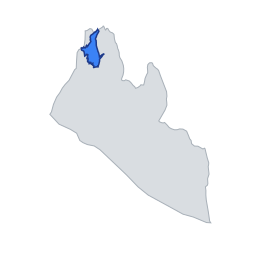 Kolahun, Lofa, Liberia (highlighted), rotated 353°
{"feature_id": "62588387B25205457381815", "entity_name": "Kolahun", "entity_type": "district", "adm_level": 2, "iso_a3": "LBR", "parent_name": "Liberia", "parent_adm1": "Lofa", "projection": "equal_earth", "projection_center": [-10.197, 8.109], "detail": "fine", "context": "in_parent", "style": "filled", "palette": "blue", "viewbox_px": 256, "rotation_deg": 353, "n_neighbors": 0, "source": "geoboundaries", "source_scale": "gbopen_adm2", "svg_char_len": 4635}
<svg xmlns="http://www.w3.org/2000/svg" viewBox="0 0 256 256"><g transform="rotate(353 128 128)"><path d="M52.1,104.9L54.0,102.7L56.9,95.5L60.9,88.7L64.7,84.6L67.7,80.4L70.8,77.2L75.3,73.5L82.2,63.6L83.9,62.5L85.0,55.7L86.7,47.0L88.7,44.3L93.4,42.7L94.5,41.2L96.1,35.1L97.2,28.0L97.3,26.4L99.2,26.3L102.3,24.7L104.1,25.4L105.0,27.5L105.4,29.2L114.9,24.8L115.8,23.8L116.3,24.0L117.5,28.0L118.2,27.7L118.8,26.6L119.4,26.5L120.2,27.0L120.9,28.9L122.1,30.6L124.2,31.7L125.5,33.3L125.4,37.6L125.9,41.8L126.8,42.7L127.3,45.2L127.5,48.0L128.0,49.4L128.4,52.1L128.2,55.1L128.5,57.2L130.1,60.7L131.0,65.3L131.0,68.5L130.5,71.8L129.5,74.9L127.7,78.2L127.5,79.6L128.6,80.4L130.2,80.6L131.6,79.9L135.0,81.5L136.7,83.7L138.3,86.4L139.7,87.8L140.3,89.5L142.7,89.0L145.5,87.4L146.1,86.6L147.0,87.0L148.8,87.2L150.0,84.2L151.0,80.8L153.2,77.0L154.3,75.6L154.5,73.2L154.6,70.2L155.4,67.5L157.2,66.0L159.1,66.0L160.2,66.6L160.7,69.2L162.3,71.1L163.6,72.5L164.3,73.0L165.4,74.6L166.5,79.8L170.7,96.6L170.5,101.2L169.6,104.2L169.6,107.2L169.4,110.1L166.8,114.9L159.4,124.7L159.9,125.6L161.7,126.7L163.5,127.3L165.0,127.0L166.9,129.4L168.9,132.5L171.1,134.1L174.1,135.5L176.8,135.7L179.1,135.2L182.4,135.8L185.8,138.3L187.0,142.5L187.9,146.2L189.1,148.1L189.2,151.3L191.7,154.0L195.2,154.6L199.7,157.9L200.8,157.7L201.3,157.3L201.9,157.9L203.0,167.4L203.9,172.4L203.5,174.4L202.9,176.0L202.8,183.7L200.8,188.0L200.5,192.9L199.9,194.4L197.7,195.8L197.7,199.5L197.1,204.0L196.9,208.7L197.5,221.1L197.7,230.4L198.6,232.2L194.4,231.4L181.9,224.3L172.2,220.3L139.9,197.1L130.9,187.8L120.5,174.0L97.5,146.1L92.3,141.7L85.7,139.5L81.6,137.1L78.7,134.6L76.4,126.9L70.6,122.3L60.0,115.8L52.1,104.9Z" fill="#d9dde1" stroke="#a8b0b8" stroke-width="1"/><path d="M105.8,63.6L105.7,63.2L105.8,63.2L105.6,62.6L106.3,62.2L106.9,61.0L107.5,59.3L108.0,58.0L108.1,56.3L110.7,54.0L111.7,52.8L112.4,52.1L113.0,51.7L112.8,51.5L112.2,51.7L111.7,51.9L111.0,52.2L110.1,52.8L109.2,53.3L108.6,53.7L108.3,53.9L108.3,53.7L108.4,53.2L108.3,52.6L108.2,51.9L108.2,51.6L108.1,50.7L108.0,49.9L107.9,49.5L107.7,48.8L107.5,48.5L107.4,47.4L107.2,46.2L107.1,45.5L106.9,44.6L106.7,43.1L106.6,42.5L106.7,41.3L106.7,41.0L106.7,40.8L106.9,39.4L106.9,38.1L107.0,37.9L107.0,37.4L107.0,37.1L106.6,36.5L106.6,36.3L106.6,35.5L106.9,34.8L107.2,34.3L107.2,34.2L107.3,34.0L107.7,33.7L107.9,32.9L108.6,31.6L108.8,31.4L109.1,30.9L109.4,30.6L109.6,30.3L109.7,30.1L110.2,29.5L110.3,29.3L110.6,28.9L110.8,28.5L110.9,28.3L110.5,27.6L110.0,26.7L109.9,26.4L109.8,26.6L109.5,26.8L109.3,27.0L109.1,27.1L109.0,27.5L108.9,27.6L108.6,27.7L108.5,27.8L108.3,28.0L108.2,28.1L108.1,28.4L107.9,28.4L107.8,28.6L107.6,28.6L107.4,28.6L107.2,28.8L106.9,29.0L106.5,28.9L106.3,29.3L106.0,29.3L105.8,29.4L105.6,29.3L105.6,29.2L105.4,29.6L105.0,30.1L104.8,30.2L104.0,30.6L103.5,30.9L103.0,31.1L102.6,31.3L102.3,31.7L101.9,32.2L101.8,32.4L101.7,32.7L101.5,33.2L101.5,33.3L101.6,34.0L101.6,34.4L101.6,35.0L101.6,35.3L101.5,35.8L101.2,36.0L101.3,36.2L101.4,36.5L101.7,37.4L101.6,37.8L101.4,38.0L101.2,38.2L100.8,38.6L100.5,39.0L100.4,39.1L99.9,39.6L99.6,39.8L99.4,40.1L99.0,40.5L98.9,40.6L98.8,40.8L98.7,41.1L98.6,41.4L98.4,41.5L98.2,41.6L98.0,41.3L97.9,41.3L97.7,41.3L97.4,41.4L97.2,41.6L97.3,41.7L97.5,41.6L97.4,41.8L97.5,41.9L97.4,42.1L97.3,42.3L97.2,42.2L97.2,41.9L97.2,41.7L97.0,41.3L96.9,41.6L96.7,41.6L96.4,41.6L96.4,41.8L96.4,42.0L96.2,42.2L96.2,42.4L96.1,42.5L95.9,42.7L95.8,42.8L95.8,43.0L95.7,43.1L95.4,43.2L95.2,43.2L95.1,43.3L94.9,43.2L94.6,43.0L94.4,42.7L94.1,42.6L94.0,42.3L93.9,42.4L93.6,42.4L93.5,42.5L93.3,42.8L93.6,43.0L93.4,43.1L93.1,43.1L92.7,43.2L92.3,43.1L92.2,43.1L91.9,43.1L91.8,42.8L91.6,42.9L91.4,42.9L91.4,44.8L91.6,45.2L92.1,45.5L92.7,45.8L93.1,46.0L93.3,46.3L93.5,46.5L93.7,47.5L93.8,48.7L93.8,50.1L93.8,50.8L93.8,51.3L94.0,51.2L95.0,50.8L95.1,50.7L95.3,50.6L95.6,50.1L95.7,49.9L96.1,50.2L96.3,50.2L96.7,50.1L96.9,50.5L97.0,50.5L96.9,50.9L96.8,51.5L96.5,52.3L96.1,52.7L96.0,53.0L95.8,53.7L95.7,54.1L95.8,54.2L95.9,54.5L96.2,54.6L96.8,54.2L96.8,54.8L96.7,55.2L96.6,55.8L96.3,56.1L96.2,56.2L96.0,56.4L96.0,56.5L96.0,57.1L96.3,57.3L96.3,57.5L96.5,57.8L96.9,57.7L97.2,57.8L97.4,57.9L97.5,58.0L97.2,59.4L97.2,59.5L97.3,59.5L97.4,59.3L97.8,58.9L97.9,58.6L98.0,58.6L98.4,58.3L98.5,58.4L98.5,58.5L98.9,58.4L99.1,58.4L99.2,58.6L99.0,59.0L98.9,59.3L98.9,59.5L99.0,59.6L99.2,60.0L99.3,60.0L99.5,60.3L99.8,60.1L100.1,60.1L100.6,59.6L100.9,59.5L100.8,59.9L100.9,60.3L100.7,61.0L100.7,61.5L100.9,61.7L101.0,61.6L101.5,61.8L101.7,62.3L101.6,62.5L101.5,63.0L101.2,63.6L101.3,63.8L102.2,63.7L103.3,63.5L103.6,63.4L104.1,63.4L104.2,63.5L104.4,63.6L105.8,63.6Z" fill="#3b82f6" stroke="#1e3a8a" stroke-width="1.5"/></g></svg>